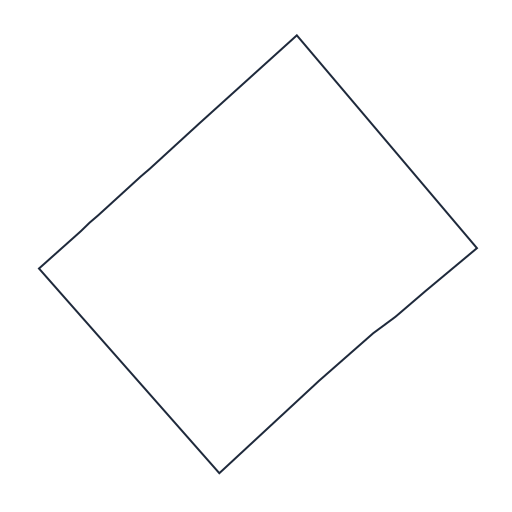 the district of Lenawee, Michigan, United States of America, rotated 140°
{"feature_id": "52423323B88893072564030", "entity_name": "Lenawee", "entity_type": "district", "adm_level": 2, "iso_a3": "USA", "parent_name": "United States of America", "parent_adm1": "Michigan", "projection": "equal_earth", "projection_center": [-84.024, 41.895], "detail": "fine", "context": "isolated", "style": "outline", "palette": "slate", "viewbox_px": 512, "rotation_deg": 140, "n_neighbors": 0, "source": "geoboundaries", "source_scale": "gbopen_adm2", "svg_char_len": 356}
<svg xmlns="http://www.w3.org/2000/svg" viewBox="0 0 512 512"><g transform="rotate(140 256 256)"><path d="M362.1,388.5L374.2,387.6L430.3,385.9L423.7,113.2L287.8,119.9L215.9,121.5L188.2,119.8L148.8,120.2L81.7,120.0L82.9,398.8L214.4,394.0L281.3,391.1L293.2,391.0L350.8,388.6L362.0,388.5L362.1,388.5Z" fill="none" stroke="#1e293b" stroke-width="2"/></g></svg>